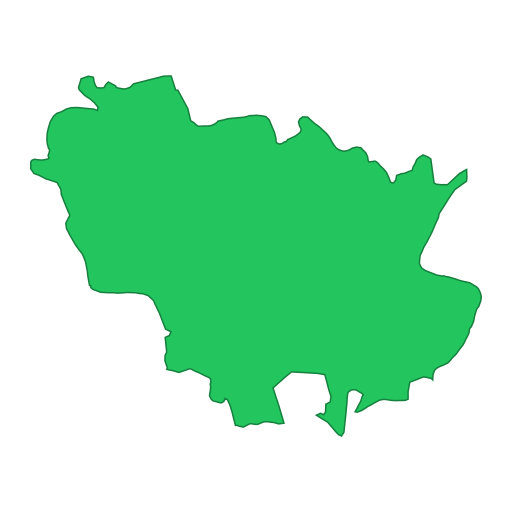 Itay Al-Barud, Al Buhayrah, Egypt (orthographic projection)
{"feature_id": "37247803B96571076642873", "entity_name": "Itay Al-Barud", "entity_type": "district", "adm_level": 2, "iso_a3": "EGY", "parent_name": "Egypt", "parent_adm1": "Al Buhayrah", "projection": "orthographic", "projection_center": [30.664, 30.886], "detail": "fine", "context": "isolated", "style": "filled", "palette": "green", "viewbox_px": 512, "rotation_deg": 0, "n_neighbors": 0, "source": "geoboundaries", "source_scale": "gbopen_adm2", "svg_char_len": 5936}
<svg xmlns="http://www.w3.org/2000/svg" viewBox="0 0 512 512"><path d="M179.2,372.4L190.1,368.6L191.9,369.5L195.6,371.4L196.7,371.8L199.6,373.0L200.1,373.3L203.1,374.8L205.1,375.8L208.3,377.2L210.4,378.5L210.9,382.0L210.2,384.1L210.4,385.3L210.7,386.6L210.3,390.9L210.1,391.5L209.8,393.7L209.5,395.8L211.3,399.4L213.1,400.9L217.8,402.1L220.3,402.8L221.8,402.7L223.2,401.8L223.8,401.5L224.6,399.6L225.0,398.5L225.8,399.4L227.3,399.3L230.0,405.4L230.4,406.7L231.9,411.5L235.4,425.4L237.3,425.3L238.2,425.9L243.2,427.1L244.3,426.6L245.3,426.1L249.1,424.1L251.2,423.6L253.2,424.1L255.8,424.4L257.5,424.4L261.7,422.7L263.7,421.9L267.0,421.7L270.1,422.1L274.3,422.6L278.6,423.9L284.0,423.2L278.7,405.3L273.0,388.0L274.6,386.5L277.9,383.5L282.9,379.1L285.3,377.0L291.5,371.9L298.7,372.3L302.8,372.5L317.6,373.4L324.8,374.6L327.0,382.7L328.5,388.6L329.1,390.7L330.2,394.0L331.0,396.5L330.2,401.9L325.8,404.3L325.7,408.2L325.5,412.0L323.6,414.7L320.5,413.3L316.4,415.2L321.6,418.5L327.7,422.2L335.3,431.2L335.8,431.8L338.6,434.7L339.2,434.9L340.4,435.4L341.5,436.0L343.9,432.3L345.3,418.9L345.6,416.3L346.9,403.0L347.2,397.2L347.6,394.5L347.8,393.3L348.4,392.0L351.5,389.8L353.9,389.8L355.5,389.9L356.6,390.2L357.9,391.0L359.8,392.2L361.3,393.0L362.0,393.6L363.2,394.6L362.0,397.0L361.9,397.6L361.1,400.1L360.5,401.7L358.6,405.1L356.8,408.6L355.1,411.7L357.1,412.2L361.7,410.5L365.2,408.3L367.7,406.6L368.2,406.3L370.0,405.4L371.7,404.5L373.3,403.5L375.8,402.1L378.9,400.5L379.7,400.1L383.9,399.3L384.6,399.4L386.5,399.6L391.7,400.4L395.3,400.6L400.3,400.5L405.2,400.4L408.1,399.2L408.1,391.6L409.8,382.2L417.4,379.3L420.4,378.1L422.7,377.2L423.3,376.9L426.3,377.3L426.9,377.4L428.2,377.8L431.1,378.3L432.7,379.9L433.0,374.7L434.6,370.1L437.1,368.0L439.4,366.7L443.4,365.1L446.1,363.7L447.8,363.0L450.5,360.2L451.9,358.3L456.1,354.1L459.7,349.1L462.8,345.2L464.5,342.2L465.9,339.1L467.8,335.6L469.0,332.8L469.6,328.6L471.3,326.8L473.6,321.3L474.6,316.2L475.2,313.8L476.0,311.3L476.9,308.7L478.7,306.6L480.8,300.7L481.3,296.9L480.7,293.8L479.5,291.0L478.4,288.8L476.6,286.9L473.7,285.2L469.6,282.7L467.6,282.3L465.8,281.9L463.0,281.3L459.5,280.4L454.6,278.7L452.1,278.0L450.9,277.6L448.3,276.9L445.9,276.5L443.5,275.8L442.4,276.1L436.5,275.0L425.5,270.6L421.6,268.0L419.4,263.5L419.8,258.1L420.2,255.2L422.0,251.6L423.6,247.6L427.2,241.4L432.0,232.1L435.3,224.2L438.4,217.6L439.1,213.7L443.9,206.3L446.5,202.1L449.0,198.1L450.8,195.4L454.9,189.6L460.9,185.2L466.5,181.2L466.9,177.6L466.6,169.5L463.0,171.4L461.7,172.3L459.6,173.4L450.0,182.4L449.2,183.1L447.5,184.7L441.1,184.7L436.2,184.2L434.1,182.9L433.7,180.2L430.9,159.4L430.6,158.7L429.7,158.2L427.6,156.8L423.7,155.2L422.9,155.0L418.6,157.7L416.6,159.8L415.1,163.6L413.3,166.5L413.0,167.5L412.6,168.7L412.3,170.3L409.0,171.4L407.0,172.3L406.5,172.5L404.2,173.4L401.9,173.6L400.3,174.0L399.6,174.4L397.1,175.3L396.6,175.5L395.9,179.6L395.6,180.2L394.3,182.0L393.0,183.1L390.5,182.2L388.7,177.2L387.6,174.9L386.6,172.6L384.6,170.1L381.7,167.1L380.6,166.2L380.0,165.6L378.2,163.3L376.3,161.7L375.0,161.1L369.9,161.9L368.6,161.7L368.0,159.8L367.7,157.0L367.0,155.4L366.0,153.1L362.1,149.1L360.8,147.7L356.4,147.1L352.3,148.1L349.8,149.6L348.4,150.2L347.8,150.4L345.8,151.0L342.6,151.1L341.6,150.7L338.8,149.7L338.2,149.4L336.3,148.0L334.2,145.4L332.2,142.4L330.3,138.7L328.9,136.5L326.5,133.5L323.7,130.9L320.0,127.5L318.6,126.3L314.8,123.6L312.5,121.6L311.0,120.3L307.6,117.0L305.9,117.0L302.6,116.9L299.9,119.0L299.4,120.0L298.5,121.8L299.5,125.9L300.4,127.5L301.0,128.7L301.0,130.8L299.9,132.6L295.3,136.1L294.5,136.5L291.4,137.9L289.4,138.9L287.6,139.6L286.4,141.5L284.6,141.8L282.3,143.4L279.4,144.1L278.0,143.5L277.1,143.3L276.0,141.5L276.0,138.6L274.4,132.2L272.2,127.1L271.5,125.4L269.2,119.9L265.9,116.6L261.9,115.8L256.7,115.3L251.1,115.6L249.2,115.7L247.4,116.4L245.7,116.8L244.7,117.1L243.7,117.2L229.7,118.5L227.6,118.8L223.3,120.0L219.6,120.7L219.1,120.9L218.0,121.1L217.5,121.9L216.0,123.1L213.9,124.4L211.0,125.6L208.2,126.0L205.1,126.0L204.2,126.0L198.9,126.2L198.0,126.2L196.3,124.9L194.6,123.5L194.3,123.0L190.7,120.7L187.8,108.6L177.9,90.2L177.2,90.4L175.6,89.9L171.2,76.0L164.0,76.1L133.6,83.8L130.9,86.5L130.0,87.3L127.9,88.1L126.1,88.7L123.8,89.0L117.9,88.0L115.8,87.0L115.6,85.9L108.4,82.0L106.2,84.2L105.6,84.8L104.1,87.6L101.4,88.0L100.2,87.9L97.0,87.8L95.2,85.0L95.0,84.3L94.5,82.8L94.1,81.8L93.4,77.3L88.3,76.2L85.3,77.3L84.2,77.7L81.1,78.8L78.5,87.6L79.2,89.7L80.2,90.8L81.6,92.2L83.2,93.9L84.0,94.7L84.8,95.5L87.5,97.3L90.2,99.0L90.9,99.7L91.7,100.3L92.5,101.1L93.8,102.2L94.4,102.7L96.6,105.5L98.0,107.2L97.4,110.4L96.7,110.1L93.3,109.0L90.0,108.8L89.4,108.7L88.3,108.6L79.5,107.7L76.3,107.5L74.3,107.6L71.2,107.7L66.4,109.0L63.9,110.4L61.5,111.7L59.3,112.5L56.9,113.3L53.8,115.9L51.5,119.6L50.0,122.4L49.3,125.0L48.5,127.6L48.0,129.8L47.6,131.2L47.4,132.2L47.1,134.6L47.1,135.2L47.0,137.1L46.9,140.1L47.4,144.3L48.0,146.2L48.6,148.6L49.5,149.3L49.5,151.1L48.1,155.7L48.5,156.9L48.9,158.2L47.8,159.0L43.5,159.9L41.2,160.0L40.2,160.0L38.2,159.8L34.3,159.3L31.7,160.4L30.8,162.1L30.7,168.7L34.0,173.5L37.1,174.6L39.2,175.4L41.4,176.5L46.2,179.0L48.1,179.5L49.0,179.8L51.4,180.6L53.8,181.4L57.1,182.5L58.1,184.4L60.9,189.5L61.3,194.4L62.4,197.2L63.2,199.3L68.3,211.9L69.5,214.3L69.6,216.2L68.6,217.5L67.5,219.8L66.5,221.7L65.8,223.4L66.5,228.5L70.4,236.1L72.2,239.1L72.7,240.0L75.4,244.7L78.8,249.5L82.5,254.2L85.5,261.7L87.3,270.8L87.8,275.9L89.5,285.3L90.7,285.7L90.9,287.7L92.9,289.4L96.7,290.8L97.8,291.2L100.7,292.3L108.4,292.7L111.8,292.7L112.9,292.7L117.4,293.1L121.6,292.9L122.4,292.9L126.5,292.5L131.4,292.6L135.9,292.8L139.6,293.5L143.0,293.8L148.2,295.6L153.7,300.7L154.4,302.6L155.0,304.1L155.9,305.8L157.1,308.4L159.3,312.9L165.6,329.2L171.0,331.7L169.4,335.5L165.2,337.4L166.7,352.1L165.1,355.3L164.9,360.7L166.2,364.5L167.4,367.9L166.8,369.4L173.4,370.8L175.5,371.4L177.3,372.0L179.2,372.4Z" fill="#22c55e" stroke="#15803d" stroke-width="1.5"/></svg>